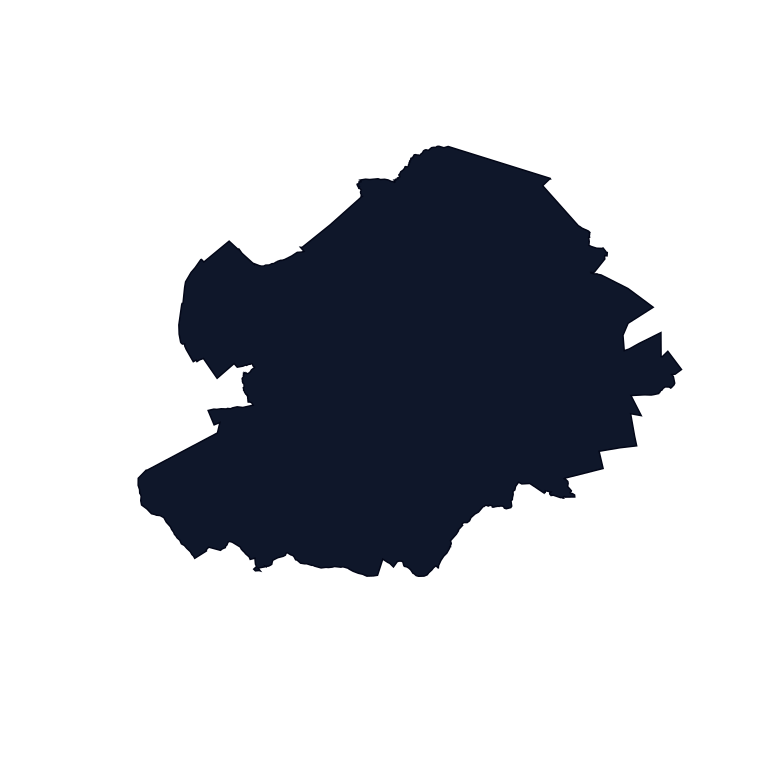 outline of General Francisco R. Murguía, Zacatecas, Mexico, rotated 138°
{"feature_id": "50627088B31059355925449", "entity_name": "General Francisco R. Murguía", "entity_type": "district", "adm_level": 2, "iso_a3": "MEX", "parent_name": "Mexico", "parent_adm1": "Zacatecas", "projection": "natural_earth1", "projection_center": [-102.697, 24.128], "detail": "fine", "context": "isolated", "style": "filled", "palette": "ink", "viewbox_px": 768, "rotation_deg": 138, "n_neighbors": 0, "source": "geoboundaries", "source_scale": "gbopen_adm2", "svg_char_len": 6171}
<svg xmlns="http://www.w3.org/2000/svg" viewBox="0 0 768 768"><g transform="rotate(138 384 384)"><path d="M324.9,178.6L317.8,172.4L316.6,174.0L317.2,176.2L317.6,177.0L318.4,177.6L318.6,178.5L318.1,179.0L316.9,178.9L316.2,179.3L316.1,185.0L313.7,186.9L312.6,188.6L312.8,191.3L313.5,193.1L312.8,193.1L277.7,174.6L269.2,190.1L251.4,178.8L237.6,169.0L232.7,177.5L220.6,196.9L214.0,188.4L208.2,210.2L197.6,201.6L192.8,197.0L190.6,195.6L186.4,193.2L186.0,193.7L185.1,193.2L183.0,193.9L183.4,194.3L181.8,193.5L179.3,194.0L176.8,193.6L174.2,191.0L173.7,190.0L173.8,189.3L173.1,189.0L169.1,189.3L167.4,190.1L164.0,195.9L163.9,198.6L161.1,196.5L153.2,195.7L151.2,218.4L159.1,218.1L159.8,218.9L143.8,236.9L167.1,243.4L178.5,246.0L183.2,248.0L173.8,260.3L162.0,265.8L132.6,260.9L138.8,291.7L149.7,319.8L151.7,322.4L151.8,323.0L152.3,323.1L152.6,324.0L153.0,323.9L154.4,325.6L154.7,326.8L155.1,326.7L156.0,327.9L155.7,328.7L155.2,328.4L155.4,327.7L152.8,326.4L137.0,329.0L136.4,329.1L136.5,329.3L134.0,331.7L132.5,330.0L130.1,332.3L130.9,333.2L130.5,333.8L130.2,338.5L131.5,339.1L135.1,342.6L137.9,347.4L139.0,350.0L136.2,352.5L133.9,356.0L133.0,355.5L132.3,356.7L130.6,358.0L130.5,358.9L129.6,358.9L129.7,360.8L132.6,367.4L133.2,370.3L133.7,371.3L133.4,425.2L123.6,425.5L123.1,425.0L122.9,425.6L177.4,517.6L181.4,519.5L184.1,523.9L185.5,525.0L187.2,525.2L188.8,526.7L190.5,527.8L194.6,527.9L196.1,530.0L197.3,530.6L198.7,530.8L200.8,530.0L202.3,530.2L204.5,529.9L205.5,531.5L206.4,532.1L206.8,533.1L208.2,534.1L209.7,533.6L209.9,533.1L211.2,533.4L211.5,532.9L213.0,533.7L214.1,532.7L215.7,532.5L215.9,532.0L216.3,532.0L216.8,531.3L217.6,531.5L218.3,530.4L219.1,530.5L220.2,529.5L221.5,529.6L222.3,531.0L223.2,531.3L224.2,530.6L226.6,530.2L229.6,530.5L231.8,529.5L232.8,529.6L233.2,529.2L233.1,527.8L233.7,527.3L235.9,528.0L236.0,527.2L238.3,528.3L238.6,527.7L240.1,528.8L240.2,527.8L240.7,526.8L241.4,526.9L241.9,528.4L243.1,529.8L244.4,532.9L246.5,535.7L249.8,538.3L251.1,540.5L257.8,545.5L260.7,548.6L265.4,551.6L265.3,550.3L265.7,549.7L266.8,550.3L267.1,551.0L268.9,549.6L270.0,550.5L270.5,550.3L271.1,548.7L270.9,548.1L270.3,547.6L270.3,547.1L271.3,547.5L271.8,546.2L271.1,545.3L271.0,543.4L273.0,542.4L273.9,540.9L274.1,539.8L275.7,538.6L275.1,538.1L317.7,538.3L353.4,540.3L354.6,541.5L354.7,536.0L357.0,537.2L360.4,539.9L367.0,540.9L374.6,543.0L377.4,544.3L377.6,544.8L378.3,545.2L381.4,546.5L381.9,546.3L382.7,546.8L385.2,547.2L386.8,548.4L389.6,549.2L392.5,551.6L394.4,552.1L396.0,553.4L397.3,555.1L399.8,560.0L400.3,558.6L402.1,576.2L401.5,581.5L402.0,581.8L402.4,581.7L403.5,593.8L436.2,595.2L436.3,598.7L436.9,599.0L446.5,596.8L452.7,596.0L463.1,592.7L467.5,589.2L479.0,578.8L479.5,578.6L480.1,579.0L481.4,578.2L496.9,565.2L502.9,558.1L507.1,551.2L507.3,549.7L507.0,548.5L505.3,547.1L506.6,545.7L507.8,542.1L510.8,528.2L507.7,527.5L508.0,525.8L505.0,525.4L501.1,523.8L504.2,499.9L481.7,499.5L481.8,494.7L476.8,491.6L474.3,490.8L473.7,489.8L471.5,489.2L470.2,488.2L469.1,487.9L468.4,487.0L469.2,485.0L468.9,483.1L469.4,482.9L473.0,483.2L475.1,482.5L477.8,482.6L478.9,483.4L479.3,484.0L479.1,484.5L480.0,484.8L479.8,485.4L480.2,485.4L480.4,486.1L481.1,485.6L481.3,485.8L481.6,485.0L482.6,484.8L483.2,483.5L485.6,483.1L486.6,481.8L486.7,481.1L487.3,480.9L487.8,480.0L488.2,479.0L488.1,477.6L489.9,475.4L491.1,475.4L491.7,474.1L492.5,473.3L492.4,472.5L492.9,471.6L493.5,468.9L493.0,467.8L493.6,467.1L493.1,466.5L494.9,464.5L495.0,463.8L495.6,463.5L497.0,461.5L495.7,460.3L494.9,458.7L495.4,455.8L504.6,461.0L508.4,465.3L512.5,467.6L514.6,468.3L516.7,470.6L517.8,470.9L521.5,474.5L525.2,477.0L527.3,479.2L532.4,482.0L537.6,467.3L531.7,465.2L540.5,459.1L618.7,478.7L618.6,479.1L629.7,478.4L634.5,473.2L636.3,469.1L638.6,466.3L638.9,464.5L639.7,462.9L642.8,460.1L645.1,456.3L643.8,450.0L643.6,443.2L641.3,439.8L641.1,439.0L638.4,436.0L637.0,432.0L638.2,427.0L638.2,420.8L639.1,418.1L639.5,414.5L640.3,412.6L640.3,410.3L640.7,408.1L640.3,404.5L641.5,400.8L640.4,397.6L640.5,393.8L640.1,389.0L640.8,385.8L640.7,383.6L641.3,381.1L628.0,378.8L627.6,378.8L627.5,379.4L626.8,379.8L623.4,380.0L616.8,369.8L614.5,369.7L611.4,368.6L610.4,369.4L608.4,369.5L605.9,370.8L604.5,370.6L603.8,369.9L602.6,368.0L599.9,359.0L600.5,356.8L600.5,354.1L600.3,352.2L600.5,350.6L599.9,345.7L600.8,343.2L596.5,340.9L600.1,336.1L600.8,333.6L604.7,333.6L604.6,331.2L601.6,328.9L601.0,327.9L600.7,331.4L594.3,327.5L594.2,328.1L593.7,326.8L593.2,327.1L591.6,325.9L589.8,325.4L588.1,325.1L585.8,326.8L584.4,327.4L579.2,326.0L574.2,323.4L571.8,322.8L570.1,323.7L568.8,323.5L567.6,319.5L566.5,317.6L566.5,315.5L567.3,312.5L566.4,311.2L565.9,306.7L563.3,303.5L561.7,302.1L559.2,297.8L558.1,296.8L557.5,295.2L553.8,289.4L549.8,286.6L548.1,284.8L544.9,282.5L542.9,281.5L538.5,276.6L537.5,276.2L536.3,274.9L533.9,271.0L533.8,269.9L532.3,265.6L529.7,260.5L527.1,256.8L526.1,254.4L525.5,254.1L525.7,253.4L525.3,252.7L520.3,248.5L516.8,246.2L502.1,254.7L500.6,249.0L499.7,246.8L499.4,241.7L493.1,243.1L491.4,242.4L489.4,240.5L489.1,239.0L490.6,236.2L490.9,234.9L489.5,233.0L488.8,230.9L488.5,228.1L489.1,223.9L488.6,223.0L488.3,220.1L487.0,218.0L482.7,214.4L479.6,213.3L476.9,213.8L473.0,213.8L470.2,214.3L467.2,214.2L466.9,213.0L466.9,211.4L466.6,211.0L464.9,212.6L459.8,214.8L454.8,216.1L450.5,216.3L445.4,218.0L444.3,218.9L443.5,218.5L442.2,219.9L441.0,220.2L440.1,221.6L439.6,223.0L430.7,224.0L426.8,225.1L426.7,225.8L420.1,226.4L420.1,227.6L419.7,227.8L417.5,227.7L415.0,225.4L412.0,225.1L407.9,226.9L407.8,226.5L403.3,226.5L399.5,225.6L392.3,226.6L391.8,226.1L389.6,225.9L388.6,224.6L388.3,223.6L387.6,223.3L387.4,223.7L386.4,223.1L385.1,221.0L385.8,220.1L385.4,219.5L383.8,218.5L383.5,218.7L381.9,217.3L381.2,217.2L380.4,216.0L379.8,216.0L377.7,214.1L377.2,212.7L377.6,211.2L376.6,209.5L372.5,207.3L370.8,207.8L367.9,212.1L366.0,212.2L364.6,213.6L362.1,215.3L360.0,217.9L357.7,217.7L354.8,219.8L349.7,221.0L348.5,217.6L342.2,212.5L338.0,195.8L337.3,196.3L336.7,195.6L335.5,196.7L332.1,192.0L333.8,192.1L334.4,191.3L334.5,190.2L334.1,190.0L334.4,189.3L332.6,188.1L328.9,181.5L327.7,180.5L327.4,179.5L326.8,178.9L326.1,180.1L325.4,179.9L324.9,178.6Z" fill="#0f172a" stroke="#020617" stroke-width="1.5"/></g></svg>